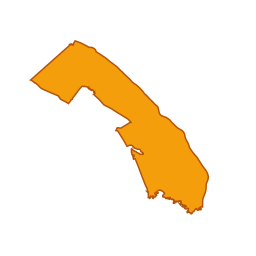 the district of Piedrujas pag., Kraslavas, Latvia, rotated 216°
{"feature_id": "27541924B60007072574234", "entity_name": "Piedrujas pag.", "entity_type": "district", "adm_level": 2, "iso_a3": "LVA", "parent_name": "Latvia", "parent_adm1": "Kraslavas", "projection": "mercator", "projection_center": [27.471, 55.816], "detail": "fine", "context": "isolated", "style": "filled", "palette": "amber", "viewbox_px": 256, "rotation_deg": 216, "n_neighbors": 0, "source": "geoboundaries", "source_scale": "gbopen_adm2", "svg_char_len": 5453}
<svg xmlns="http://www.w3.org/2000/svg" viewBox="0 0 256 256"><g transform="rotate(216 128 128)"><path d="M21.3,107.9L25.4,113.9L26.0,115.4L27.5,121.0L28.6,123.8L29.9,125.9L31.8,128.5L31.9,129.4L32.2,130.1L32.8,132.8L34.2,135.7L35.6,136.9L37.0,138.0L39.6,139.3L46.0,141.3L55.0,144.9L60.9,146.2L66.5,148.2L69.9,150.7L74.7,153.0L77.2,154.8L78.6,156.3L79.5,156.8L80.7,157.3L82.1,157.6L83.3,157.7L87.7,157.2L89.1,157.3L95.4,158.2L99.3,159.1L103.2,159.0L107.0,157.9L108.3,157.6L109.2,157.7L110.5,158.0L111.8,158.8L115.2,161.8L116.6,162.8L119.8,163.0L124.2,163.8L127.3,164.2L131.6,165.1L134.7,165.4L138.1,166.5L141.8,167.2L145.9,167.7L149.4,167.6L151.8,167.7L155.2,168.5L163.3,169.5L165.7,170.0L167.6,170.1L172.8,171.0L183.2,171.2L184.5,171.4L188.3,171.5L198.8,171.0L199.9,172.0L200.3,172.2L202.4,172.4L204.7,171.9L207.1,170.3L209.6,170.1L216.4,169.0L219.9,168.1L222.0,167.4L221.8,165.7L221.8,164.4L221.4,163.8L221.0,163.3L221.2,163.0L221.6,163.3L221.8,163.1L221.6,162.5L221.9,162.3L222.2,162.3L222.3,162.8L222.5,162.9L223.2,162.8L223.7,162.3L224.1,161.5L224.4,161.4L224.5,161.2L224.3,160.7L224.0,160.6L223.8,160.7L235.0,109.5L232.9,109.9L231.2,109.7L230.5,109.8L229.9,109.6L229.1,110.0L226.0,109.8L223.8,109.3L221.5,109.1L218.5,109.6L209.6,111.5L203.4,113.0L203.3,112.8L202.9,112.7L202.1,112.6L201.0,112.3L199.8,111.6L197.3,111.9L194.1,112.5L190.5,112.8L190.4,116.7L190.7,117.4L190.2,117.9L189.9,118.7L190.1,119.0L190.4,119.4L190.2,123.9L190.2,127.6L190.1,131.7L189.7,134.8L186.4,136.7L184.5,137.6L184.6,137.3L184.4,137.3L184.1,137.1L183.7,137.1L183.5,136.9L183.1,137.0L182.7,136.8L182.6,137.4L182.5,137.6L181.9,137.6L181.7,137.3L181.3,137.6L181.1,137.5L181.1,137.0L180.8,137.2L180.5,136.9L180.3,136.9L180.1,137.1L179.8,136.9L179.5,137.0L179.7,137.5L179.3,138.0L178.8,138.0L177.2,137.7L176.8,137.4L176.8,137.1L176.7,137.1L176.6,137.3L176.5,136.9L176.1,137.2L175.1,136.8L175.1,136.6L175.2,136.4L175.1,136.2L175.3,135.9L175.3,135.7L175.7,135.0L167.8,134.1L161.5,132.6L159.0,132.8L158.0,133.1L152.1,133.9L147.4,134.1L133.5,135.2L129.6,134.6L128.9,134.3L129.7,133.6L130.8,130.6L132.5,126.6L133.7,123.7L136.7,122.0L136.6,121.9L136.7,120.6L136.4,119.9L136.3,118.8L134.6,119.6L124.6,115.6L119.7,113.4L118.0,112.6L116.6,115.0L115.2,116.0L114.0,116.3L113.3,116.2L112.5,115.7L111.9,115.7L111.5,115.4L109.7,116.1L107.9,116.4L106.6,117.3L106.2,117.3L105.5,117.6L104.5,117.3L104.0,116.7L103.4,116.4L103.0,116.5L102.4,116.8L101.5,116.4L101.2,116.5L100.8,116.6L100.6,116.4L100.5,116.1L100.7,115.8L100.7,115.6L100.5,115.3L100.6,115.2L101.5,114.8L102.8,113.8L104.6,113.9L106.3,113.4L107.6,113.6L108.9,113.2L111.7,113.0L112.7,113.2L112.8,113.4L112.9,113.1L112.8,112.9L112.8,112.6L112.0,112.0L111.9,111.6L111.5,111.2L111.1,110.8L111.1,110.6L110.9,110.5L110.9,110.4L110.3,110.0L110.2,109.8L110.0,109.7L109.1,108.7L107.1,109.6L107.0,109.4L107.3,109.2L106.6,108.6L107.5,108.1L105.2,106.0L104.5,107.3L104.3,107.4L97.5,103.2L89.2,97.7L80.0,91.8L77.8,90.7L76.5,89.9L76.4,89.7L74.5,88.3L75.4,87.8L74.2,87.6L74.0,87.9L73.6,87.6L72.6,86.2L71.6,85.2L70.8,83.6L70.1,84.0L69.3,83.7L69.0,83.8L69.0,84.5L69.8,85.8L69.8,86.1L69.4,86.2L68.9,85.9L68.6,85.9L68.1,86.6L68.0,86.9L68.2,87.2L67.9,87.7L67.2,87.4L67.0,86.9L67.0,86.1L66.9,85.8L66.5,85.7L66.1,85.9L66.1,86.3L66.2,87.5L65.8,88.0L65.5,88.2L65.5,88.5L65.6,89.1L65.6,89.6L65.3,89.9L65.2,90.1L65.2,90.3L65.3,90.5L65.9,90.8L66.6,90.3L67.1,90.3L67.4,90.4L67.6,90.6L68.0,91.8L67.9,92.1L67.6,92.3L67.0,92.1L66.2,92.2L65.4,92.8L65.5,93.3L66.7,93.4L67.3,94.0L65.9,96.5L65.5,96.7L64.9,96.7L63.5,97.1L62.1,97.1L60.2,96.8L59.7,96.2L59.8,95.9L60.1,95.5L60.2,95.3L60.2,94.9L60.1,94.6L60.2,93.8L60.0,93.4L59.4,92.9L59.2,92.8L58.8,92.9L58.2,93.4L57.6,93.5L56.3,93.4L56.1,93.2L55.8,93.2L55.6,93.4L55.6,93.7L55.4,93.9L55.4,94.3L55.3,94.8L55.2,94.8L54.6,94.1L54.3,94.1L54.2,94.2L54.1,94.7L54.4,95.0L53.9,95.8L53.3,96.6L52.9,96.5L52.6,96.3L52.7,96.0L53.4,95.3L53.3,95.0L53.2,94.7L52.8,94.5L52.6,94.6L52.5,95.0L51.8,95.7L51.6,95.8L50.9,95.8L50.9,96.3L50.6,96.5L50.1,96.6L49.9,96.4L49.4,96.3L49.2,96.4L49.1,96.8L48.0,96.7L47.9,96.7L47.8,96.2L48.1,96.0L48.1,95.8L47.5,95.4L47.4,95.1L47.5,94.4L47.1,93.9L46.9,93.8L46.5,94.1L46.5,94.3L46.2,94.5L46.0,95.0L46.4,95.1L46.2,95.6L46.2,95.9L46.3,96.0L46.6,95.8L46.6,96.0L46.4,96.2L45.3,96.6L45.3,96.8L45.9,97.0L45.5,97.5L45.1,97.6L45.1,97.3L45.0,97.2L44.5,97.8L43.4,97.9L43.4,98.1L43.9,98.1L44.2,98.4L43.8,98.6L43.8,99.2L43.3,99.5L43.2,99.7L42.6,99.5L42.4,99.7L42.3,99.3L41.9,99.2L41.5,99.4L40.8,98.6L41.2,97.8L41.7,97.1L41.3,97.1L40.8,97.0L40.6,96.9L40.6,96.7L40.2,96.5L40.1,96.8L40.0,97.0L39.7,97.2L39.8,97.7L39.9,97.9L39.2,97.8L38.6,98.0L38.3,97.6L38.2,97.2L37.8,96.7L37.9,96.3L36.9,96.5L36.4,97.0L36.2,97.0L36.2,97.7L37.3,98.4L36.5,98.9L35.6,99.1L35.3,99.0L34.7,98.5L35.0,98.2L35.8,97.8L35.6,96.8L35.2,96.4L34.9,96.2L34.1,96.3L33.2,96.8L32.7,98.0L32.3,98.3L31.8,98.4L31.4,98.1L31.2,96.7L30.5,96.4L31.1,95.3L31.0,94.9L30.3,94.4L29.8,95.1L30.1,95.8L30.1,96.1L29.7,96.1L28.8,95.7L28.3,95.7L28.0,96.1L27.7,96.2L27.3,95.9L26.5,95.6L26.2,95.9L26.0,96.5L26.3,97.3L26.2,98.1L25.8,98.8L25.7,99.4L25.7,100.0L25.8,100.5L25.8,101.2L25.6,101.7L25.7,102.6L25.5,102.9L24.8,103.0L24.4,102.5L24.0,102.3L23.8,102.3L23.4,102.7L22.9,102.7L22.7,103.1L22.7,103.8L23.0,104.1L23.3,104.4L23.5,104.8L23.5,105.1L23.1,105.6L22.9,105.1L22.6,104.7L21.5,104.2L21.2,104.5L21.0,105.0L21.1,105.3L21.6,105.7L22.4,105.7L22.5,105.9L22.6,106.3L22.9,106.7L22.9,106.8L22.8,107.0L21.3,107.9Z" fill="#f59e0b" stroke="#b45309" stroke-width="1.5"/></g></svg>